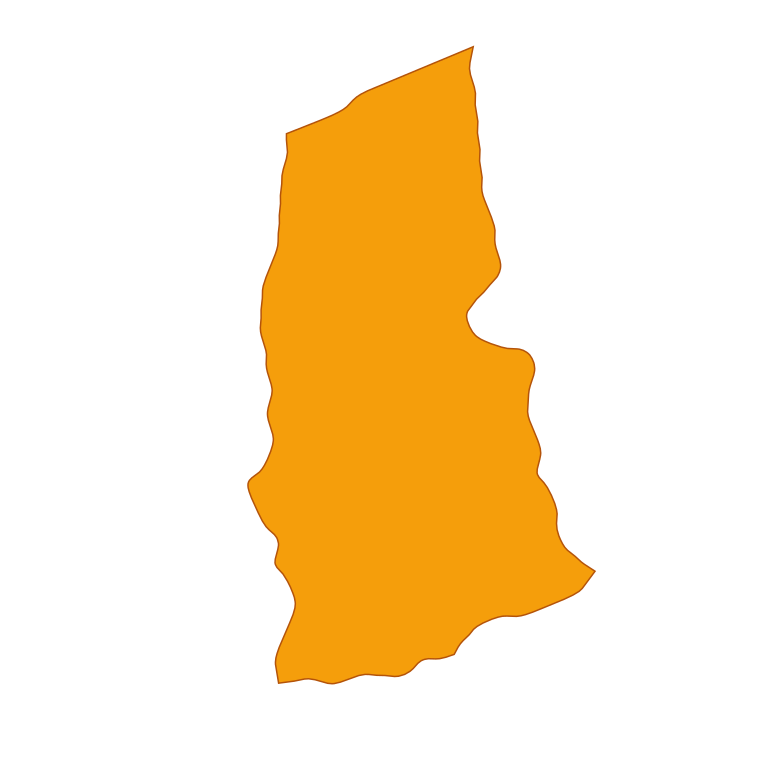 the district of Postrer Rio, Independencia, Dominican Republic, rotated 157°
{"feature_id": "3306468B53759087220335", "entity_name": "Postrer Rio", "entity_type": "district", "adm_level": 2, "iso_a3": "DOM", "parent_name": "Dominican Republic", "parent_adm1": "Independencia", "projection": "orthographic", "projection_center": [-71.638, 18.58], "detail": "fine", "context": "isolated", "style": "filled", "palette": "amber", "viewbox_px": 768, "rotation_deg": 157, "n_neighbors": 0, "source": "geoboundaries", "source_scale": "gbopen_adm2", "svg_char_len": 2979}
<svg xmlns="http://www.w3.org/2000/svg" viewBox="0 0 768 768"><g transform="rotate(157 384 384)"><path d="M597.9,149.8L582.8,145.6L572.5,143.5L568.5,142.1L563.0,138.7L552.8,130.5L548.9,128.4L546.9,127.7L540.6,126.6L521.1,125.5L514.9,124.1L511.3,122.5L504.5,118.7L497.0,115.3L488.5,110.6L484.7,109.3L478.4,108.6L472.2,109.4L468.5,110.6L461.9,113.7L458.2,114.7L456.2,114.8L454.3,114.7L450.5,113.8L443.7,110.7L440.0,109.4L433.7,108.3L425.0,107.7L418.7,112.8L415.3,115.0L411.4,116.9L403.5,119.9L397.4,123.2L393.0,124.5L386.2,125.3L376.9,125.4L370.0,124.8L365.5,123.9L361.6,122.4L352.8,118.3L348.4,117.1L343.7,116.4L336.4,115.9L324.2,115.7L302.0,115.5L292.4,115.9L285.4,116.9L281.3,118.4L262.9,129.2L269.9,139.6L271.9,143.0L275.3,150.5L280.0,159.1L281.4,163.0L282.1,167.2L282.4,171.6L282.4,175.9L281.6,182.3L279.7,188.2L275.4,196.8L274.3,200.9L273.5,207.3L273.4,216.1L274.1,224.8L275.4,230.7L277.7,237.2L278.1,240.5L277.8,242.4L276.2,245.8L270.1,253.8L267.7,257.3L266.7,259.2L265.4,263.5L264.8,268.0L264.5,272.6L264.3,293.5L263.8,298.0L262.7,302.3L254.8,318.3L252.6,322.0L250.0,325.4L242.8,333.6L240.3,337.2L239.3,339.2L238.1,343.3L237.8,345.4L237.8,349.6L238.5,353.7L239.3,355.7L240.3,357.5L242.7,360.6L245.7,363.1L247.4,364.1L256.5,368.5L261.7,372.2L270.0,379.5L274.6,384.2L277.5,387.5L279.9,391.1L280.9,393.1L282.2,397.3L282.9,403.6L282.6,409.8L281.7,413.6L280.9,415.4L279.8,417.0L278.5,418.4L265.7,425.9L256.2,429.6L247.6,434.0L238.5,438.2L236.9,439.3L234.0,441.9L231.6,445.0L230.7,446.7L229.9,448.7L229.0,452.7L227.8,465.4L227.0,469.5L225.8,473.3L221.8,482.1L220.8,486.4L220.0,495.5L219.6,514.1L219.3,518.7L218.5,523.1L217.2,527.0L213.0,535.8L208.9,551.9L204.0,562.4L199.9,578.6L195.0,589.1L191.0,605.3L186.2,615.9L184.9,622.0L183.6,634.8L182.1,640.9L179.3,646.2L170.1,659.6L284.3,660.3L291.9,659.8L296.9,658.9L301.4,657.4L309.9,653.7L314.5,652.6L319.3,652.0L326.8,651.6L339.4,651.6L376.0,652.5L378.4,646.9L382.3,635.0L385.8,629.5L392.8,621.0L396.5,615.6L399.9,608.2L405.7,598.0L408.8,590.4L414.5,580.1L417.6,572.5L422.4,564.0L425.7,556.7L427.7,552.9L430.3,549.4L433.3,546.0L450.9,528.3L456.8,521.5L459.1,517.9L462.5,510.4L468.2,500.2L471.4,492.6L475.9,484.0L477.2,480.2L478.0,476.0L479.6,461.1L480.6,457.1L484.7,448.3L485.9,444.5L486.7,440.3L488.0,427.6L488.9,423.4L489.6,421.4L491.7,417.7L499.8,407.4L502.1,403.8L503.0,401.9L503.7,399.9L504.6,395.8L506.1,381.0L507.2,376.9L508.1,374.9L510.4,371.3L514.6,366.3L520.8,360.1L525.8,355.9L529.3,353.5L533.0,351.6L542.2,349.3L545.5,347.9L547.0,346.7L548.2,345.2L549.0,343.4L549.6,341.5L550.2,337.4L550.5,330.9L550.1,314.6L549.5,305.4L548.3,298.8L546.9,295.0L543.7,288.2L542.8,284.5L542.8,282.5L543.4,278.5L544.2,276.6L546.4,273.2L552.5,265.3L554.2,262.0L554.5,260.2L554.2,256.9L551.2,248.5L549.9,240.1L549.5,233.5L549.6,227.0L549.9,222.6L550.8,218.4L551.5,216.3L553.6,212.5L557.7,207.4L564.0,201.1L583.4,182.5L587.8,177.6L590.5,174.1L592.6,170.4L593.4,168.4L597.9,149.8Z" fill="#f59e0b" stroke="#b45309" stroke-width="1.5"/></g></svg>